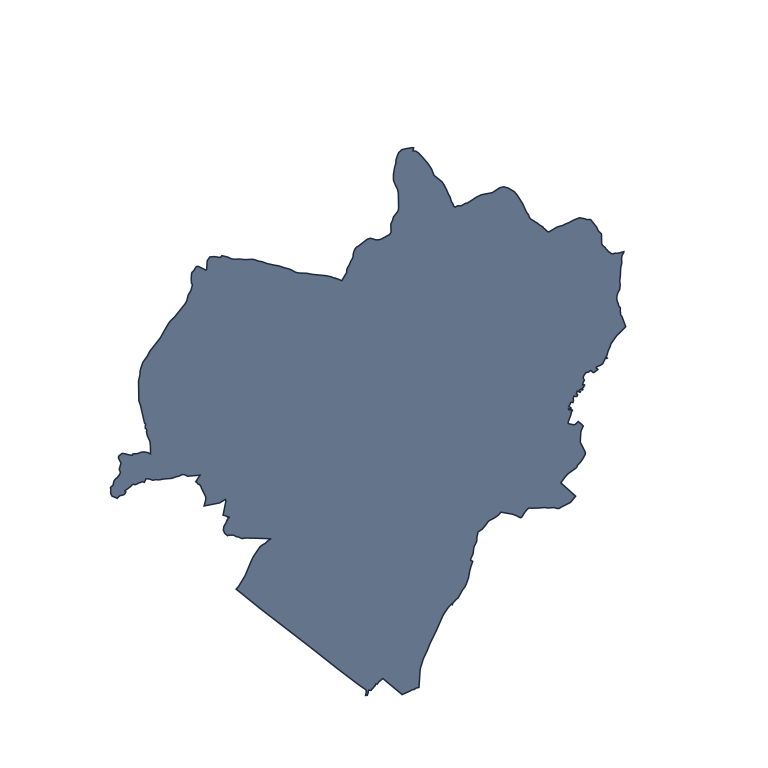 outline of Rosiori, Bacau, Romania, rotated 308°
{"feature_id": "2599482B59078130680921", "entity_name": "Rosiori", "entity_type": "district", "adm_level": 2, "iso_a3": "ROU", "parent_name": "Romania", "parent_adm1": "Bacau", "projection": "robinson", "projection_center": [27.105, 46.732], "detail": "fine", "context": "isolated", "style": "filled", "palette": "slate", "viewbox_px": 768, "rotation_deg": 308, "n_neighbors": 0, "source": "geoboundaries", "source_scale": "gbopen_adm2", "svg_char_len": 6171}
<svg xmlns="http://www.w3.org/2000/svg" viewBox="0 0 768 768"><g transform="rotate(308 384 384)"><path d="M636.0,491.5L631.4,488.1L630.1,486.7L629.7,485.9L627.1,483.8L626.7,483.0L626.8,481.0L626.5,479.3L627.0,477.8L627.1,475.8L627.7,474.3L627.8,473.6L627.7,472.0L628.3,469.4L635.9,463.2L636.2,462.7L636.6,458.6L638.5,455.1L640.8,445.6L640.7,445.3L638.5,442.7L637.7,440.2L635.4,435.7L630.1,432.6L624.7,430.2L621.5,428.3L619.2,427.3L614.4,423.8L605.9,420.5L605.0,419.6L604.7,418.8L605.2,415.4L605.0,413.7L605.6,412.5L605.1,409.0L605.2,405.4L604.9,403.9L604.3,397.7L604.8,396.2L606.4,393.4L607.2,390.4L611.6,382.0L615.0,372.3L615.8,368.2L614.9,361.3L613.2,357.0L610.0,354.4L601.4,351.5L593.2,344.3L588.2,341.8L577.9,338.3L576.7,337.0L571.6,335.0L570.0,332.4L567.1,331.2L567.2,329.1L568.1,327.9L569.3,324.9L572.1,320.8L573.1,318.2L575.7,313.5L577.9,308.7L579.1,304.9L579.2,295.0L582.8,288.9L584.8,282.9L586.7,273.3L587.3,268.9L587.1,265.8L585.6,263.3L588.4,261.9L587.7,260.8L584.1,257.4L579.7,253.8L575.3,253.1L572.0,254.0L568.1,255.4L564.8,257.6L561.2,259.0L555.1,262.3L551.3,265.2L550.2,266.3L548.0,270.0L545.9,274.5L543.4,277.6L532.5,286.5L530.6,287.8L528.6,288.6L521.4,288.6L518.4,289.9L514.2,290.9L507.8,296.2L505.2,296.3L496.5,292.6L494.3,291.0L492.7,289.0L490.5,283.5L487.9,281.7L476.8,278.9L474.7,278.0L472.8,278.0L470.2,278.6L466.9,280.0L465.6,281.1L464.4,281.5L461.9,282.1L460.7,282.1L457.0,283.2L453.5,283.6L451.0,284.4L448.9,285.9L439.4,287.1L438.4,283.3L437.5,280.5L437.3,280.6L436.5,278.6L436.0,276.4L433.6,271.5L426.4,260.2L423.8,255.1L419.1,248.6L417.7,245.7L416.7,239.9L416.0,237.9L414.4,234.2L412.2,228.1L410.1,224.3L406.9,217.6L405.4,212.8L403.5,209.2L402.2,205.1L401.1,203.3L396.4,197.8L393.4,193.0L390.7,189.9L389.3,187.8L388.5,185.8L387.8,182.6L385.3,177.2L383.3,177.2L382.4,176.2L380.0,171.9L376.9,168.5L372.3,168.8L366.0,173.1L364.8,173.7L364.1,173.6L362.3,165.0L361.0,163.9L360.0,163.9L356.9,164.3L354.2,164.0L353.0,164.1L349.1,166.6L347.1,168.2L346.7,168.8L346.3,168.9L344.8,170.4L344.5,171.7L343.3,172.4L338.7,174.3L333.6,174.9L328.2,177.3L325.0,177.9L307.9,177.7L302.7,176.9L299.1,176.9L290.4,178.1L283.1,179.3L267.4,179.3L265.4,179.3L260.3,180.3L252.6,180.6L246.1,182.9L243.4,184.2L241.6,185.7L235.1,188.8L219.9,201.1L217.4,205.0L205.8,219.3L205.7,220.9L204.6,221.3L202.1,223.1L202.2,224.4L201.5,225.6L201.1,226.0L200.2,226.1L197.5,229.4L194.6,235.0L191.3,238.1L185.1,243.1L184.6,240.2L182.9,236.9L181.0,234.8L177.4,232.6L174.9,229.7L174.0,229.1L172.8,229.5L171.0,226.3L169.8,223.4L168.6,221.0L167.7,220.2L164.0,219.4L162.7,219.8L161.8,221.0L159.7,225.5L153.8,227.8L152.3,230.4L150.9,231.2L148.4,231.4L145.6,231.4L144.9,231.0L141.8,230.8L138.6,232.1L137.8,232.8L134.1,232.1L132.2,234.1L130.9,234.8L129.1,236.6L128.2,238.6L129.6,244.1L133.3,244.6L135.3,246.3L137.0,247.3L138.2,247.4L140.1,247.0L140.3,245.6L147.3,247.5L149.5,247.6L150.6,248.1L151.3,249.8L154.0,251.4L155.2,251.6L156.1,252.6L158.1,253.5L159.0,255.7L162.8,254.8L164.9,258.1L165.6,260.7L166.3,261.6L168.0,262.9L169.2,264.8L170.4,266.2L173.4,268.8L179.0,274.9L182.9,277.3L184.9,279.1L187.1,280.0L188.6,281.0L189.1,281.6L189.8,283.1L190.4,286.0L198.9,295.2L191.1,295.8L191.2,297.1L190.7,298.7L191.1,301.1L190.4,303.0L189.7,303.9L185.3,313.0L182.8,314.9L177.1,317.3L189.1,327.7L195.5,330.1L195.2,330.6L194.1,331.6L181.5,338.0L183.0,341.3L182.7,342.6L183.8,343.5L183.5,344.2L180.8,343.9L180.5,344.4L178.9,344.3L178.5,344.7L173.0,345.6L169.8,347.4L169.0,349.3L168.3,350.1L168.1,354.1L169.3,354.8L172.3,358.6L172.8,361.7L173.7,363.2L174.7,367.2L177.2,369.5L179.2,372.0L179.8,373.1L181.7,375.4L192.2,389.9L191.9,390.0L188.0,388.8L185.6,388.6L182.0,387.1L179.4,386.5L174.1,386.8L167.0,387.4L162.1,388.5L147.5,392.5L135.2,394.0L131.3,393.8L130.8,426.0L131.2,486.5L131.0,522.7L131.4,549.7L131.9,558.2L130.1,559.9L127.2,561.2L128.4,562.5L131.3,561.5L132.3,560.7L133.6,560.5L133.9,561.6L134.8,562.5L136.6,562.4L138.5,562.7L139.3,562.5L140.6,562.8L142.8,562.2L143.2,563.4L146.0,563.3L151.2,564.4L150.4,589.5L157.2,593.1L160.6,594.6L161.8,595.8L164.4,596.7L166.4,598.4L181.7,588.0L191.6,584.2L200.6,582.2L207.6,580.1L222.2,577.0L236.7,573.3L240.1,572.7L246.8,572.3L249.7,572.4L252.2,572.7L252.1,573.7L253.7,573.2L258.5,573.5L261.2,574.1L270.0,572.7L273.9,572.7L276.7,572.1L283.2,570.0L288.7,567.0L294.1,564.7L298.8,563.2L298.8,562.2L298.4,560.9L299.7,560.0L305.1,558.7L310.1,555.7L311.6,555.1L317.0,554.0L321.1,551.2L323.3,550.3L324.6,549.3L325.5,549.3L329.9,550.8L335.1,551.0L339.8,550.8L341.3,551.1L346.2,553.4L349.4,554.4L351.4,554.9L355.0,555.1L360.6,565.6L361.8,569.7L362.3,572.9L362.8,574.1L363.7,574.5L364.8,574.5L368.8,574.0L373.2,574.0L375.5,574.6L376.7,576.4L381.7,582.5L385.6,586.7L387.0,589.3L391.3,594.1L392.6,597.3L393.8,598.7L396.2,599.5L405.5,603.9L413.6,604.1L415.0,584.2L422.5,584.0L426.6,584.3L436.2,587.1L437.7,587.1L438.8,586.5L444.0,587.0L448.5,586.6L452.0,586.0L453.6,585.3L454.4,584.2L459.0,574.5L467.0,568.9L469.0,568.0L473.6,566.9L474.0,563.7L474.0,560.1L470.1,559.6L469.1,559.0L468.6,558.4L466.7,554.7L466.4,553.4L467.6,552.5L474.3,550.4L477.9,548.7L478.9,549.0L479.5,548.0L477.5,545.7L477.9,544.8L479.5,546.2L480.2,546.3L480.3,544.9L479.9,543.4L482.0,543.2L484.6,542.5L484.9,542.7L485.6,544.3L487.9,543.4L488.9,542.1L491.5,541.1L492.3,543.1L493.1,543.6L494.6,543.4L494.9,542.8L494.7,541.5L497.5,540.7L497.8,541.4L497.8,542.7L498.1,543.6L499.0,543.6L499.1,542.3L499.6,541.9L500.7,542.1L501.2,543.9L501.8,544.2L502.1,544.1L502.2,542.8L504.2,543.3L505.3,542.9L506.5,542.9L506.8,542.5L505.7,541.2L505.9,540.8L508.8,539.8L510.3,539.6L511.7,536.9L514.4,536.2L517.5,536.2L519.3,537.9L521.7,538.3L521.9,538.6L521.8,541.7L522.2,542.3L526.7,543.6L527.3,543.5L527.2,541.3L527.9,540.9L530.2,541.9L531.9,543.0L534.5,543.9L540.7,542.6L541.2,543.8L541.8,544.1L542.2,542.3L543.8,542.1L548.0,540.3L553.1,539.1L554.4,538.4L555.9,538.1L565.6,537.6L569.8,538.3L578.0,539.2L583.6,530.1L584.4,527.5L585.8,526.6L586.2,525.9L589.5,523.4L590.2,520.6L591.5,519.3L592.8,516.8L594.8,514.7L596.7,513.4L599.9,512.1L603.7,511.5L607.6,509.1L610.2,506.4L614.4,503.9L621.3,499.0L625.8,496.9L629.0,494.1L631.4,492.6L635.4,491.9L636.0,491.5Z" fill="#64748b" stroke="#1e293b" stroke-width="1.5"/></g></svg>